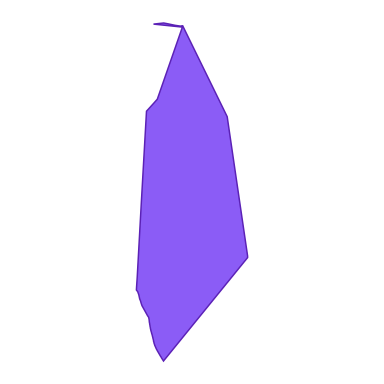 outline of Esperance, Soufrière, Saint Lucia
{"feature_id": "8701671B64891030149560", "entity_name": "Esperance", "entity_type": "district", "adm_level": 2, "iso_a3": "LCA", "parent_name": "Saint Lucia", "parent_adm1": "Soufrière", "projection": "equal_earth", "projection_center": [-61.054, 13.808], "detail": "fine", "context": "isolated", "style": "filled", "palette": "violet", "viewbox_px": 384, "rotation_deg": 0, "n_neighbors": 0, "source": "geoboundaries", "source_scale": "gbopen_adm2", "svg_char_len": 1131}
<svg xmlns="http://www.w3.org/2000/svg" viewBox="0 0 384 384"><path d="M146.5,111.2L141.3,203.1L137.2,277.5L136.6,286.5L136.4,290.0L137.7,291.7L138.8,294.8L139.7,299.0L140.4,300.6L141.3,303.7L141.8,305.1L142.0,305.7L144.5,310.2L147.6,315.8L148.6,317.2L148.9,318.5L149.2,320.2L149.2,320.8L149.3,321.6L149.4,322.5L149.6,323.3L149.7,324.4L149.9,325.1L150.0,326.0L150.1,326.6L150.3,327.5L150.4,328.3L150.6,329.2L150.8,330.1L151.0,331.0L151.3,331.9L151.5,332.7L151.7,333.6L152.0,334.4L152.2,335.1L152.4,336.0L152.6,336.8L152.9,337.9L153.0,338.6L153.3,339.6L153.5,340.6L153.6,341.5L153.9,342.2L154.0,343.0L154.3,343.9L154.6,344.8L154.8,345.5L155.2,346.3L155.5,347.0L155.8,347.7L156.2,348.6L156.5,349.2L157.0,350.1L157.4,350.9L157.8,351.5L158.1,352.1L158.5,352.7L158.8,353.3L159.3,354.1L159.8,355.0L160.1,355.5L160.5,356.2L160.8,356.7L161.2,357.2L161.5,357.9L161.9,358.5L162.3,359.1L162.7,359.8L163.2,360.5L163.5,361.0L247.6,257.6L247.6,256.0L227.2,116.7L182.7,25.8L181.6,25.9L180.4,26.1L175.0,25.3L167.4,23.7L163.7,23.0L153.5,24.1L182.4,27.1L157.3,99.2L153.3,103.7L146.5,111.2Z" fill="#8b5cf6" stroke="#5b21b6" stroke-width="1.5"/></svg>